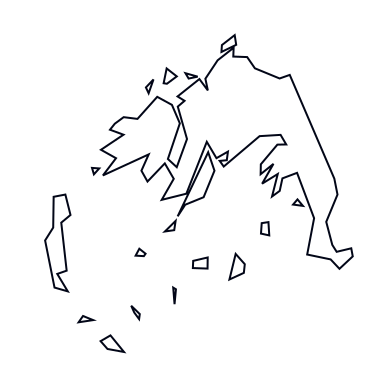 the border of Greece, rotated 83°
{"feature_id": "GRC", "entity_name": "Greece", "entity_type": "country or territory", "adm_level": 0, "iso_a3": "GRC", "parent_name": "Europe", "parent_adm1": "", "projection": "mercator", "projection_center": [23.941, 38.339], "detail": "medium", "context": "isolated", "style": "outline", "palette": "ink", "viewbox_px": 384, "rotation_deg": 83, "n_neighbors": 0, "source": "natural_earth", "source_scale": "50m", "svg_char_len": 1931}
<svg xmlns="http://www.w3.org/2000/svg" viewBox="0 0 384 384"><g transform="rotate(83 192 192)"><path d="M275.5,40.3L286.2,55.0L275.8,62.6L268.1,85.3L232.9,74.0L185.8,85.4L189.5,100.6L201.6,104.8L206.2,113.1L184.6,104.7L192.3,121.4L174.0,107.7L182.7,121.7L172.9,120.3L155.4,101.5L156.3,92.7L146.1,97.1L144.8,118.1L170.6,157.4L164.5,160.7L164.7,153.6L156.3,151.4L161.4,163.6L144.0,171.2L193.0,197.8L196.1,223.0L176.7,208.5L160.3,215.5L176.2,234.9L164.7,239.6L149.4,230.4L164.7,278.4L149.2,263.3L139.0,277.2L126.8,253.0L120.2,265.8L114.8,260.3L109.4,250.7L112.8,237.2L93.3,214.9L103.1,201.3L122.4,195.7L156.3,211.9L165.5,204.1L138.8,190.5L105.5,195.7L100.6,188.3L95.4,194.7L80.8,170.9L93.1,163.9L81.2,164.9L64.4,150.5L53.9,133.1L62.6,134.5L64.8,120.8L76.9,114.5L90.0,91.2L87.7,80.7L196.1,49.1L212.3,47.9L238.0,62.4L261.6,59.2L269.0,55.7L267.3,40.8L275.5,40.3ZM179.1,318.0L200.0,315.4L206.5,325.5L254.8,326.0L256.9,335.7L275.5,327.4L270.1,340.1L222.2,343.7L210.4,334.1L179.9,329.9L179.1,318.0ZM173.6,167.1L198.6,181.1L203.8,200.3L214.4,209.2L154.5,171.1L173.6,167.1ZM278.6,150.4L283.4,165.5L258.8,156.2L270.1,148.4L278.6,150.4ZM328.9,300.9L324.4,290.4L342.5,279.0L337.5,295.0L328.9,300.9ZM267.6,200.4L260.5,199.2L258.9,184.4L269.9,185.9L267.6,200.4ZM75.4,193.0L81.5,203.7L80.6,206.9L66.3,202.1L75.4,193.0ZM56.6,145.7L49.8,144.4L41.5,130.5L51.3,130.2L56.6,145.7ZM244.5,120.6L241.7,128.6L231.4,126.6L231.2,119.8L244.5,120.6ZM286.6,219.8L301.2,223.0L284.6,222.3L286.6,219.8ZM219.3,83.6L216.8,93.2L212.2,88.2L219.3,83.6ZM75.6,216.5L88.7,223.0L82.6,225.0L75.6,216.5ZM248.3,255.7L241.9,251.2L247.6,245.6L249.8,247.6L248.3,255.7ZM227.7,214.3L227.9,223.7L218.7,211.8L227.7,214.3ZM307.5,320.4L301.8,315.3L307.1,305.7L307.5,320.4ZM79.0,181.5L73.3,184.0L78.2,172.3L79.0,181.5ZM162.5,287.2L155.9,288.3L157.3,281.2L162.5,287.2ZM297.5,266.2L306.8,258.7L311.7,260.0L304.6,264.0L297.5,266.2Z" fill="none" stroke="#020617" stroke-width="2"/></g></svg>